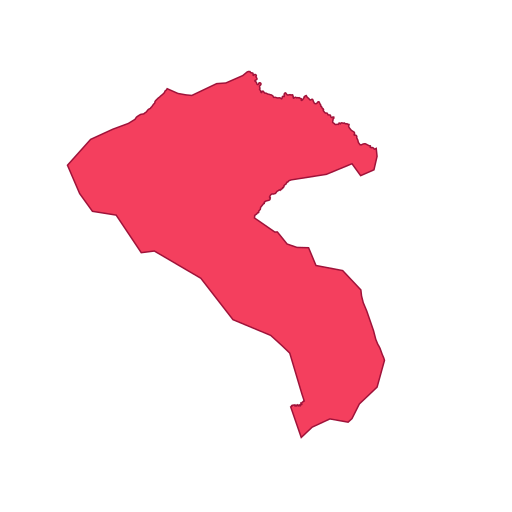 Xerlen, Hentiy, Mongolia (orthographic projection), rotated 251°
{"feature_id": "93677404B8842524525431", "entity_name": "Xerlen", "entity_type": "district", "adm_level": 2, "iso_a3": "MNG", "parent_name": "Mongolia", "parent_adm1": "Hentiy", "projection": "orthographic", "projection_center": [110.645, 47.634], "detail": "fine", "context": "isolated", "style": "filled", "palette": "rose", "viewbox_px": 512, "rotation_deg": 251, "n_neighbors": 0, "source": "geoboundaries", "source_scale": "gbopen_adm2", "svg_char_len": 6031}
<svg xmlns="http://www.w3.org/2000/svg" viewBox="0 0 512 512"><g transform="rotate(251 256 256)"><path d="M403.2,107.3L372.4,109.6L351.5,115.9L340.2,137.1L296.5,148.6L293.8,161.5L252.9,196.6L203.3,213.5L176.1,244.1L163.0,251.3L153.2,256.3L110.7,254.5L103.4,254.4L103.4,253.9L103.0,253.8L103.0,253.6L103.0,253.0L102.7,252.6L102.6,252.0L102.2,251.7L102.1,251.1L102.4,250.7L102.0,250.5L101.5,250.7L101.4,250.5L101.2,250.4L101.0,250.9L100.8,251.0L100.7,250.9L100.8,250.1L100.6,249.7L100.9,249.6L101.1,249.4L101.0,248.9L100.7,248.8L100.3,249.3L100.1,249.3L99.9,249.0L100.4,248.3L100.4,247.6L101.2,247.5L101.5,247.2L101.0,247.0L101.3,246.7L101.2,246.3L101.6,246.3L101.7,246.2L101.8,246.0L101.6,245.2L101.3,245.0L101.6,244.7L101.5,244.2L102.6,244.3L102.6,244.1L102.4,243.7L102.5,243.5L103.0,242.6L102.9,242.3L103.0,241.2L102.8,241.0L102.7,240.8L102.2,240.8L102.2,240.4L102.0,240.0L102.0,239.7L69.7,239.7L75.9,253.4L77.9,272.8L68.9,289.0L71.0,293.8L82.5,305.6L92.6,327.8L115.5,343.5L118.0,343.6L121.9,343.3L128.3,343.2L131.1,342.8L132.9,342.4L138.2,342.1L147.0,342.8L152.7,342.8L167.8,342.8L177.0,342.2L183.9,342.8L189.8,344.1L214.0,333.2L227.5,309.6L246.7,308.4L250.8,297.5L257.2,289.3L271.8,284.0L272.5,281.6L292.5,266.9L293.5,267.5L294.5,267.8L295.0,268.4L295.0,268.9L295.3,269.3L295.4,270.2L296.5,271.7L296.4,272.0L296.2,272.1L296.2,272.5L296.3,272.7L297.7,273.4L298.0,273.8L298.1,274.2L298.8,275.3L300.5,276.2L302.9,280.0L303.4,280.9L303.3,281.0L303.9,281.2L304.2,281.4L304.3,282.1L304.6,282.3L304.6,283.1L304.8,283.5L304.7,283.8L304.5,286.3L304.6,287.1L304.8,287.4L305.5,288.1L306.1,287.9L306.5,287.9L306.7,288.4L306.8,288.5L307.2,288.1L307.4,288.0L307.6,288.1L308.8,289.5L309.3,290.4L309.4,291.1L309.3,291.8L308.9,292.7L308.9,293.6L308.8,294.5L308.9,294.9L310.3,296.9L310.4,297.6L310.6,298.6L311.0,299.6L310.9,299.8L310.3,300.2L310.5,300.5L310.6,301.2L310.8,301.2L311.0,301.3L311.0,301.8L311.2,303.1L312.0,303.4L312.0,303.6L311.9,304.1L311.9,304.3L312.1,304.4L312.5,304.9L312.8,305.2L313.2,305.2L313.6,305.7L314.1,306.9L314.3,307.9L314.4,308.0L314.8,308.2L315.3,308.8L315.4,309.3L315.8,309.5L315.7,310.4L316.5,311.7L316.5,314.2L310.3,349.1L312.0,376.8L297.9,381.1L299.1,395.6L310.8,402.9L318.6,404.7L318.4,403.2L318.4,402.9L318.5,402.7L319.2,402.4L319.6,402.3L320.2,401.9L320.6,401.5L320.9,400.2L321.3,399.9L321.5,399.5L321.9,399.5L322.4,400.0L322.9,400.0L323.3,399.2L323.7,398.6L324.2,398.2L324.9,397.4L325.5,397.0L326.5,395.9L326.7,395.6L327.0,394.0L327.0,393.3L326.8,391.8L327.1,391.1L327.3,390.6L329.9,389.8L330.3,389.8L332.5,390.0L334.9,389.7L336.1,390.2L336.8,390.2L337.8,389.7L338.0,389.3L338.0,388.8L338.2,388.5L338.6,388.2L340.0,389.2L340.8,389.2L341.2,389.1L343.6,387.2L344.4,386.8L347.0,385.9L348.4,385.8L348.7,385.9L349.8,386.7L350.1,386.8L350.2,386.7L350.4,386.2L350.7,385.7L351.0,385.4L351.5,385.1L351.6,384.2L352.0,383.6L352.3,383.2L352.9,383.0L353.0,382.8L353.1,382.6L353.0,381.9L354.0,380.5L354.1,379.8L353.8,379.1L353.6,378.9L354.6,378.1L354.7,377.9L353.6,376.9L353.6,376.7L354.0,376.0L354.4,374.0L354.8,373.6L355.1,373.3L355.7,373.2L356.4,372.6L357.4,372.0L358.9,372.6L359.4,373.1L360.4,373.4L360.5,373.5L360.8,374.2L361.0,374.5L362.0,374.8L362.2,374.5L362.3,374.2L362.4,373.8L362.3,372.8L362.5,372.4L363.4,372.0L364.6,372.2L365.0,372.1L365.2,371.9L366.0,370.1L366.7,370.0L367.8,369.8L368.0,369.5L368.3,369.0L368.4,368.5L368.6,368.2L369.3,367.7L371.2,367.0L371.5,366.9L372.3,367.5L372.5,367.5L372.9,367.2L373.4,367.4L374.4,366.7L375.9,366.6L376.2,366.2L376.6,366.0L376.9,366.1L377.6,366.4L378.4,366.1L381.2,365.8L381.4,365.6L381.5,365.3L381.6,364.9L380.6,363.2L380.5,362.7L380.5,362.1L381.0,361.2L381.5,360.9L383.4,360.6L385.0,360.6L385.6,360.5L385.9,360.2L386.0,360.0L385.8,358.7L385.8,358.3L386.1,357.8L386.7,357.5L387.7,357.2L389.3,356.2L389.9,356.0L391.2,355.8L391.4,355.7L391.3,355.2L391.4,354.7L391.2,354.4L391.0,354.0L390.9,353.4L390.7,353.3L390.4,353.5L390.2,353.4L389.9,352.6L388.6,351.0L388.2,350.0L388.2,349.8L388.4,349.6L388.7,349.5L389.5,350.0L390.0,350.0L390.3,349.7L390.6,349.1L391.4,348.6L391.7,348.3L391.7,347.7L392.2,346.9L392.3,345.9L393.1,345.3L393.2,345.0L393.3,344.7L393.2,344.2L393.0,343.2L393.0,342.9L393.5,342.7L394.0,343.0L394.6,343.1L395.2,342.9L395.5,343.0L395.8,343.2L396.4,343.1L396.6,342.9L396.7,342.4L396.8,341.6L397.4,340.8L397.6,340.3L397.6,339.7L397.8,338.8L397.9,338.3L398.5,337.8L399.3,337.5L400.4,337.2L400.7,336.9L400.7,336.4L400.2,335.6L399.8,335.3L397.7,334.6L397.6,334.4L398.2,333.4L398.2,333.0L397.9,332.7L396.5,331.8L396.3,331.4L396.7,331.0L397.6,330.3L397.9,329.8L398.4,327.8L399.9,325.7L400.1,324.5L400.7,324.2L401.8,324.1L403.2,323.1L404.0,321.8L404.4,321.4L405.3,319.8L405.8,319.4L406.8,318.4L406.9,317.8L407.2,317.3L407.8,317.0L409.4,316.5L409.7,316.1L409.6,315.4L408.8,314.7L408.7,314.5L408.8,314.3L409.7,313.9L410.5,314.2L410.9,314.2L411.6,313.8L412.6,313.6L413.2,314.3L413.6,314.4L414.8,314.4L415.3,314.6L415.7,315.0L416.1,315.9L416.4,316.3L416.9,316.7L417.3,316.8L417.9,316.7L418.5,316.2L418.7,315.5L418.6,315.1L417.7,314.3L417.5,313.9L417.5,313.5L417.7,313.1L418.7,312.8L419.9,312.9L420.5,312.7L421.4,312.1L421.9,312.0L422.3,312.2L422.5,313.8L422.9,314.5L423.5,314.7L425.3,314.3L425.6,314.3L426.2,315.0L427.1,315.0L427.5,314.8L427.8,314.5L428.0,314.1L428.0,313.6L427.6,312.3L427.7,312.2L428.0,312.2L428.9,312.5L429.7,312.6L430.0,312.5L430.7,311.4L431.1,310.7L431.3,310.5L432.3,310.4L432.9,309.1L432.9,307.6L430.9,302.2L429.4,283.8L431.8,274.9L428.7,247.6L431.1,242.3L435.1,235.1L443.1,226.5L442.9,226.3L442.7,225.9L442.3,225.5L442.0,225.0L441.7,224.0L441.6,223.7L440.6,222.9L439.8,221.7L439.0,219.8L438.2,217.6L437.7,216.7L437.2,215.0L435.5,211.5L434.8,210.7L433.8,210.2L433.5,209.9L432.8,208.4L431.0,206.0L430.7,205.1L430.0,204.3L429.9,203.7L429.7,202.2L429.5,201.7L429.1,201.0L428.0,199.3L427.7,198.6L427.4,197.2L426.9,196.2L427.0,195.7L427.4,193.4L427.4,192.6L427.2,192.2L427.2,191.6L427.0,191.1L426.9,190.4L426.4,188.7L426.1,188.0L424.6,186.1L422.9,178.5L422.5,161.9L420.1,137.6L403.2,107.3Z" fill="#f43f5e" stroke="#9f1239" stroke-width="1.5"/></g></svg>